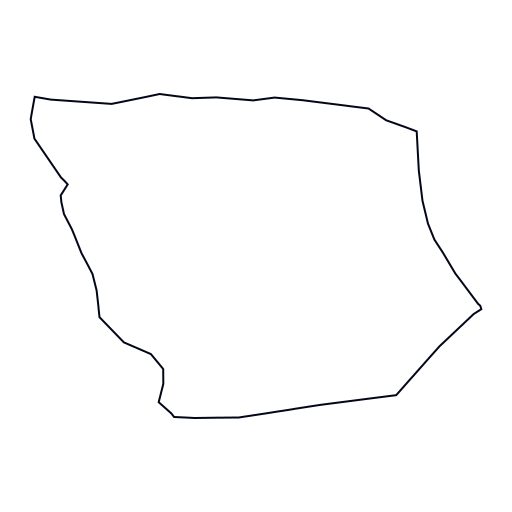 outline of Al Mighlaf, Al Hudaydah, Yemen
{"feature_id": "15242507B86244592928099", "entity_name": "Al Mighlaf", "entity_type": "district", "adm_level": 2, "iso_a3": "YEM", "parent_name": "Yemen", "parent_adm1": "Al Hudaydah", "projection": "robinson", "projection_center": [43.181, 15.311], "detail": "fine", "context": "isolated", "style": "outline", "palette": "ink", "viewbox_px": 512, "rotation_deg": 0, "n_neighbors": 0, "source": "geoboundaries", "source_scale": "gbopen_adm2", "svg_char_len": 1442}
<svg xmlns="http://www.w3.org/2000/svg" viewBox="0 0 512 512"><path d="M416.7,131.4L404.8,126.9L386.2,120.3L368.5,108.5L349.9,106.2L345.5,105.6L319.2,102.3L302.5,100.2L275.0,97.6L274.4,97.6L253.2,100.4L216.3,97.4L192.3,98.2L192.1,98.2L187.4,97.6L179.0,96.5L176.4,96.2L169.5,95.3L163.4,94.5L159.7,94.0L146.5,96.8L127.9,100.6L120.5,102.1L111.6,103.9L63.5,100.5L50.8,99.6L34.7,96.8L32.4,109.5L30.7,119.2L31.7,124.3L34.1,136.9L34.4,138.6L61.0,177.5L64.3,180.7L67.7,184.4L60.7,195.4L61.4,202.3L64.0,214.1L71.4,228.3L71.9,229.3L72.4,230.5L74.3,235.1L81.5,253.2L82.1,254.3L82.2,254.5L87.5,264.4L92.5,274.0L96.6,290.4L98.3,305.4L98.7,309.8L99.5,317.2L123.9,342.4L143.1,350.7L150.9,354.1L162.3,367.9L163.2,369.0L163.3,381.4L163.3,383.6L163.3,383.9L160.0,397.0L159.6,398.5L158.7,402.2L171.3,413.4L174.1,417.0L187.2,417.6L194.5,418.0L202.2,417.9L216.2,417.7L216.7,417.7L238.9,417.5L243.9,416.7L246.0,416.4L266.5,413.3L279.7,411.2L281.3,411.0L292.8,409.2L294.3,408.9L312.9,406.0L315.0,405.7L320.9,404.8L348.9,401.2L363.6,399.3L388.0,396.2L396.1,395.2L396.6,394.7L404.9,385.3L410.0,379.5L412.1,377.2L415.0,373.9L425.8,361.7L426.3,361.1L430.4,356.5L438.9,347.0L439.5,346.3L473.7,314.0L480.0,310.0L481.3,309.2L481.0,308.1L480.8,307.3L480.4,306.1L479.8,305.3L479.0,304.6L478.2,304.0L460.4,280.2L455.3,273.5L443.0,252.8L434.4,239.6L427.9,223.4L426.4,217.0L422.5,200.9L419.8,178.7L418.8,170.5L416.7,131.4Z" fill="none" stroke="#020617" stroke-width="2"/></svg>